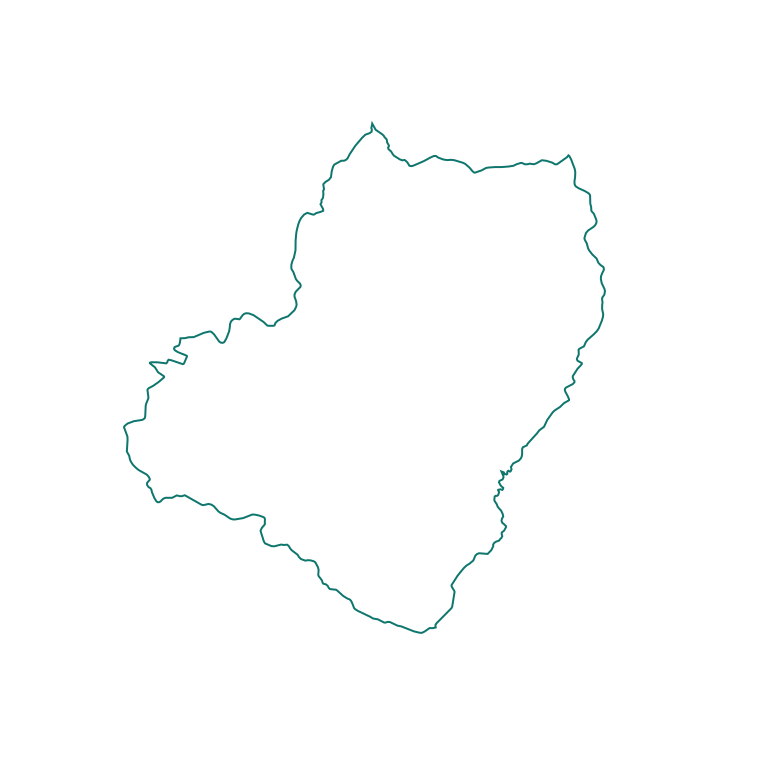 Tan Uyen, Lào Cai, Vietnam (orthographic projection), rotated 157°
{"feature_id": "81297802B83473395979783", "entity_name": "Tan Uyen", "entity_type": "district", "adm_level": 2, "iso_a3": "VNM", "parent_name": "Vietnam", "parent_adm1": "Lào Cai", "projection": "orthographic", "projection_center": [103.735, 22.126], "detail": "fine", "context": "isolated", "style": "outline", "palette": "teal", "viewbox_px": 768, "rotation_deg": 157, "n_neighbors": 0, "source": "geoboundaries", "source_scale": "gbopen_adm2", "svg_char_len": 6166}
<svg xmlns="http://www.w3.org/2000/svg" viewBox="0 0 768 768"><g transform="rotate(157 384 384)"><path d="M293.1,628.3L295.6,624.6L295.8,623.0L296.8,621.1L299.2,620.5L303.7,620.8L307.9,619.2L317.5,614.4L326.0,608.8L329.4,605.9L331.7,605.1L333.7,605.2L336.0,606.2L344.0,605.4L345.9,604.0L348.9,600.4L352.0,595.1L354.9,593.5L358.9,592.9L361.6,591.7L362.1,590.9L363.1,586.7L364.5,585.6L365.7,582.2L367.3,579.5L368.0,578.7L369.5,577.9L370.0,577.1L370.5,575.6L372.2,574.3L371.7,568.8L372.3,567.2L375.1,567.2L379.5,567.8L382.2,567.3L383.2,567.7L387.7,571.5L391.3,571.2L395.4,569.2L397.8,567.3L400.5,564.5L404.3,559.5L406.0,556.8L409.3,550.6L413.2,541.7L417.5,535.6L420.3,533.0L422.7,529.9L424.1,526.7L424.2,525.8L423.7,522.3L424.1,515.0L423.5,512.6L422.1,509.3L422.1,507.4L423.0,506.0L429.1,503.5L431.3,501.5L432.2,499.5L432.6,494.2L433.5,491.1L434.7,489.4L437.6,486.9L445.8,483.8L452.7,484.2L457.3,483.7L460.1,482.6L461.9,480.7L463.4,480.9L467.6,482.7L468.7,483.6L470.6,488.1L477.1,498.2L480.7,501.7L483.2,503.0L485.5,503.2L487.4,502.5L491.4,500.1L491.9,500.1L495.0,502.0L496.4,502.5L498.7,502.1L500.5,501.3L502.4,499.2L503.9,496.3L505.9,493.1L511.3,487.5L514.2,485.3L515.0,484.9L516.4,484.9L518.1,485.9L519.1,487.4L521.0,496.0L522.5,499.4L523.0,499.9L524.1,500.5L529.8,501.5L540.9,501.5L545.3,503.3L549.4,504.0L553.5,505.6L555.7,501.8L557.2,500.1L558.1,499.6L562.3,499.8L563.5,498.5L563.5,497.4L563.2,496.6L561.3,493.9L554.5,487.1L554.6,486.3L559.6,481.5L560.6,480.8L561.6,481.0L570.3,488.8L572.8,490.5L573.9,490.0L575.1,488.6L576.4,488.1L584.1,492.5L589.6,494.9L591.0,495.1L591.4,494.5L588.3,488.8L587.4,483.1L583.6,477.2L583.5,476.7L584.0,476.0L590.7,473.9L597.2,472.5L602.0,472.1L603.2,471.7L604.1,470.9L605.9,464.3L606.5,462.9L610.8,458.6L611.8,457.2L616.3,447.8L617.6,446.0L619.4,445.5L620.8,445.5L628.9,447.5L635.6,447.8L639.2,446.7L640.2,445.9L640.7,435.9L641.9,432.7L647.1,422.3L646.6,417.6L647.4,413.4L647.2,410.6L646.7,407.8L645.0,403.6L643.5,400.7L637.7,393.2L636.8,390.3L636.7,388.1L637.0,387.4L640.6,385.6L641.3,384.4L641.5,383.3L640.9,380.9L639.7,379.4L639.4,377.7L639.9,374.9L639.9,368.5L639.3,364.8L638.6,363.7L637.3,363.1L635.6,363.2L632.6,364.5L630.5,364.7L629.2,364.5L623.5,362.0L618.3,362.4L615.6,360.4L613.8,359.7L610.8,359.4L599.0,344.0L597.4,343.0L592.5,342.2L590.1,340.5L588.4,338.0L586.2,331.4L584.9,329.3L581.9,326.0L578.2,320.3L576.2,318.5L574.0,317.5L566.1,315.6L556.2,315.3L553.4,313.9L550.1,311.5L546.9,308.5L546.3,307.4L546.4,306.2L548.6,301.3L552.5,299.4L554.7,297.5L555.1,296.6L556.1,286.2L555.8,283.8L550.9,278.7L548.5,277.5L541.5,276.4L539.2,275.0L535.9,273.9L535.0,272.1L534.6,269.2L533.9,267.0L530.2,260.5L529.9,258.1L528.9,255.4L525.5,252.2L522.7,251.5L520.0,250.0L517.7,248.0L516.9,246.7L516.4,241.2L516.8,238.5L519.1,234.0L519.2,232.7L517.8,227.2L518.2,225.3L518.0,224.0L515.7,222.2L514.7,220.2L514.5,217.7L513.8,216.3L508.6,213.4L507.8,212.2L504.3,204.7L501.6,200.9L499.6,198.9L499.0,197.1L498.9,193.1L499.1,189.7L498.7,188.2L496.5,185.1L487.4,174.8L485.8,172.5L481.5,169.7L477.2,164.5L476.0,163.8L473.6,163.6L471.6,162.6L466.0,156.3L462.9,154.2L453.1,144.6L448.4,141.1L446.2,140.1L443.3,140.3L437.4,141.5L434.2,140.1L431.5,139.7L431.3,140.9L430.6,142.3L429.2,143.2L409.5,151.3L408.3,152.3L400.3,165.0L400.1,166.0L400.8,170.4L400.7,171.9L400.1,172.7L391.3,178.7L386.9,181.1L382.4,183.4L379.2,184.6L375.5,185.2L370.8,186.6L367.0,190.3L364.6,191.2L362.5,191.0L355.0,187.1L350.2,189.1L346.9,191.9L346.3,193.5L344.8,194.6L342.6,195.1L339.3,194.9L337.4,196.0L336.1,196.4L334.6,197.7L334.2,200.2L333.6,201.3L330.7,202.1L327.8,204.4L327.2,205.3L328.2,207.9L329.2,209.6L329.4,211.0L329.3,212.0L328.5,213.4L327.0,214.8L326.1,215.3L325.5,217.9L325.7,221.6L327.3,226.4L327.2,229.4L327.9,233.1L327.8,234.1L326.2,237.0L325.8,237.3L325.0,237.4L323.8,236.9L322.7,237.0L322.1,237.4L320.3,239.5L320.5,241.6L320.2,242.0L317.9,241.5L316.4,240.3L315.3,241.0L314.8,241.9L315.7,243.4L316.3,245.3L316.6,248.7L315.5,249.7L312.2,249.8L310.5,251.3L310.1,252.7L310.1,257.6L308.3,255.9L308.2,255.5L308.7,254.7L308.6,253.9L307.4,253.6L306.5,252.8L305.6,253.1L305.1,254.6L304.0,255.5L303.3,255.5L302.3,254.1L301.5,254.2L299.9,255.7L299.6,258.0L296.6,260.1L296.0,260.4L289.7,260.8L286.7,262.3L285.3,263.8L284.0,266.0L282.2,270.3L280.8,271.5L276.4,271.7L275.0,273.0L262.4,278.8L259.1,280.7L253.4,282.1L247.8,287.1L239.6,292.1L237.0,293.0L230.9,294.1L225.7,296.1L220.2,296.7L219.8,297.1L219.6,298.2L219.6,300.8L220.1,306.0L219.8,308.1L219.1,309.0L217.8,309.6L210.2,310.2L208.0,311.2L207.5,312.3L207.9,314.2L207.7,316.4L207.1,317.5L199.9,322.4L195.3,324.4L194.0,325.2L193.8,326.1L196.7,329.7L196.8,331.3L196.4,332.1L193.2,335.0L191.5,339.5L190.5,340.0L188.4,340.3L185.3,340.5L181.5,344.0L179.0,345.3L171.4,347.8L167.4,349.5L164.6,351.3L158.7,357.2L156.4,360.0L155.0,362.4L153.9,367.8L152.4,371.3L151.0,373.6L150.2,376.6L149.5,378.1L146.2,380.2L144.2,383.4L143.9,385.5L144.2,391.7L143.3,396.1L142.1,398.4L140.1,400.5L137.1,403.1L136.4,404.8L136.4,406.0L138.3,409.1L139.3,411.9L139.3,416.5L141.6,421.7L143.0,427.0L143.1,429.4L142.4,434.0L142.8,438.5L142.5,440.0L139.1,444.1L136.0,445.6L129.6,446.8L127.5,447.7L125.8,449.1L124.8,450.5L124.4,452.5L124.3,458.7L125.3,461.6L125.4,462.6L124.1,466.2L123.7,469.3L120.7,476.8L120.6,477.9L121.1,479.5L123.7,483.1L128.3,488.1L130.2,490.9L130.5,492.0L130.4,493.7L129.6,495.9L127.1,500.1L125.1,504.4L124.4,507.4L124.0,517.6L124.3,521.2L124.9,522.4L126.8,521.3L138.2,518.8L139.5,518.8L140.8,519.5L142.7,522.1L147.3,526.0L151.3,528.3L157.5,527.6L160.1,527.7L163.8,529.9L165.6,530.1L168.3,531.1L170.2,533.1L171.4,534.0L176.0,534.5L179.6,534.3L184.3,535.5L191.2,537.8L197.0,540.3L203.2,542.4L205.6,543.0L210.8,542.5L217.7,543.0L218.4,543.4L219.4,545.3L220.8,549.9L223.3,555.0L224.9,556.8L231.9,562.6L234.6,564.1L238.5,565.5L241.7,567.5L245.6,571.2L247.2,573.7L249.1,574.4L253.1,574.3L260.3,573.6L271.0,573.5L273.3,573.7L275.3,574.9L275.9,578.9L277.1,581.6L277.8,582.3L279.7,582.7L281.7,584.6L285.5,590.1L286.1,592.0L286.6,595.2L288.1,598.5L287.8,600.1L286.7,600.8L286.3,601.7L286.7,605.3L286.0,607.8L286.2,608.9L287.1,611.1L287.2,612.6L288.1,614.6L292.3,621.2L293.1,628.3Z" fill="none" stroke="#0f766e" stroke-width="2"/></g></svg>